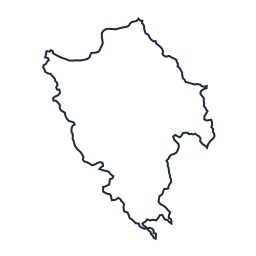 Carandaí, Minas Gerais, Brazil (orthographic projection), rotated 92°
{"feature_id": "56859067B53353893378788", "entity_name": "Carandaí", "entity_type": "district", "adm_level": 2, "iso_a3": "BRA", "parent_name": "Brazil", "parent_adm1": "Minas Gerais", "projection": "orthographic", "projection_center": [-43.824, -20.999], "detail": "fine", "context": "isolated", "style": "outline", "palette": "slate", "viewbox_px": 256, "rotation_deg": 92, "n_neighbors": 0, "source": "geoboundaries", "source_scale": "gbopen_adm2", "svg_char_len": 3795}
<svg xmlns="http://www.w3.org/2000/svg" viewBox="0 0 256 256"><g transform="rotate(92 128 128)"><path d="M74.7,212.7L76.2,210.1L76.7,207.1L78.5,205.7L79.9,204.1L81.7,202.8L83.6,202.3L84.9,200.7L87.3,199.9L89.9,201.2L92.1,200.2L92.0,198.0L93.8,197.4L95.8,197.4L97.8,199.1L99.1,202.1L101.0,204.0L103.3,203.4L103.2,201.2L104.6,199.4L106.0,198.1L107.5,196.9L110.2,196.9L112.5,195.9L113.7,193.9L114.9,191.6L117.2,191.2L119.5,190.2L121.3,189.1L123.0,187.3L123.6,185.0L124.3,182.5L126.4,181.4L127.6,183.4L129.4,184.1L131.7,184.5L133.8,184.3L135.7,183.3L137.8,182.8L140.3,183.0L142.9,181.9L145.6,181.1L147.7,180.4L149.3,179.1L151.3,177.6L152.6,175.9L153.9,174.4L156.2,172.9L158.5,171.5L161.3,172.0L163.1,170.3L163.6,167.8L165.0,165.1L166.5,162.9L165.8,160.2L164.5,158.1L163.4,156.0L163.1,153.8L164.1,152.1L166.8,151.6L168.1,153.5L169.9,155.1L170.9,152.3L171.6,149.2L172.2,146.0L174.8,143.8L176.7,141.0L178.8,141.7L179.8,144.2L182.4,144.6L185.2,144.8L186.3,147.0L187.3,148.9L187.8,150.8L190.1,150.7L192.4,150.6L193.4,148.8L194.5,146.3L194.7,144.0L196.5,142.6L199.0,142.1L200.8,141.6L200.1,137.8L198.1,135.3L199.4,133.1L201.1,132.3L202.4,130.5L204.4,129.3L206.9,129.7L209.7,129.5L211.6,128.8L212.0,126.7L213.1,125.0L215.8,124.0L218.1,123.1L219.0,121.1L220.7,119.3L223.0,116.9L223.1,113.9L225.7,113.1L227.3,110.4L228.2,107.9L227.6,105.4L226.1,107.0L224.8,109.1L223.2,110.3L221.7,108.6L220.7,106.9L218.7,105.8L219.6,102.6L218.8,99.7L219.4,96.8L216.7,94.5L214.0,93.1L213.7,90.7L215.8,89.5L218.1,87.9L218.8,85.1L220.5,83.6L222.0,81.3L219.3,81.3L217.3,82.2L216.5,84.2L213.7,84.0L210.8,82.9L208.7,85.2L206.7,87.0L204.9,89.0L203.9,90.9L203.0,92.9L200.8,94.9L197.8,94.6L195.0,94.1L193.2,91.5L190.4,90.6L187.8,89.9L187.5,87.6L186.8,85.5L184.8,85.5L183.1,84.7L180.8,83.2L177.9,83.1L175.6,84.4L173.7,84.4L171.9,85.2L169.5,85.6L166.4,86.1L164.4,87.0L162.0,86.9L159.3,88.4L157.0,86.3L155.0,85.5L153.2,83.8L152.4,81.2L151.2,79.1L149.6,78.1L147.4,77.2L144.9,76.5L142.4,76.9L140.2,79.1L138.2,81.3L135.0,82.6L133.3,80.5L134.6,78.1L135.5,75.8L133.5,74.1L131.0,72.7L130.7,70.4L130.7,68.1L132.1,66.9L131.7,64.9L132.1,62.7L131.4,60.6L132.8,58.6L133.8,56.7L135.7,55.2L138.7,55.4L140.7,53.7L141.9,52.2L143.1,50.0L145.0,48.3L142.0,47.6L140.2,46.6L138.0,45.2L135.5,42.5L133.1,41.2L130.7,41.7L128.7,43.1L126.2,42.8L124.2,44.7L121.9,44.0L119.2,44.3L116.8,45.1L117.2,47.0L117.8,49.4L116.8,52.0L113.8,52.1L110.9,50.5L108.4,49.1L106.8,50.5L105.1,51.4L103.3,52.9L100.7,52.8L98.3,53.2L95.3,53.4L92.9,55.6L90.8,56.9L89.0,56.5L87.4,55.2L86.3,53.0L85.4,50.9L83.3,50.8L84.1,53.3L83.7,55.6L82.1,57.6L81.6,60.2L82.2,62.9L81.3,66.5L80.4,69.8L80.1,72.0L78.0,73.0L76.1,74.9L72.8,75.7L70.5,75.9L68.2,77.4L65.9,78.8L64.7,80.6L62.1,80.3L60.3,81.5L58.2,82.0L56.9,84.6L55.9,87.0L54.5,89.5L55.4,92.6L54.2,95.0L52.7,96.2L50.1,95.6L47.8,96.7L46.2,98.0L44.4,100.3L42.7,102.7L40.2,103.5L40.5,105.5L38.8,108.0L36.6,109.7L34.1,111.0L32.7,113.8L30.5,114.6L28.1,115.4L26.1,115.3L24.0,116.4L22.5,117.7L20.5,117.4L20.2,119.7L18.3,121.3L20.8,123.2L21.4,125.7L22.0,128.1L23.4,129.6L25.5,130.6L26.8,132.4L27.4,135.6L28.2,138.5L28.9,141.0L29.9,143.7L29.6,145.9L29.7,147.9L29.5,150.5L29.9,153.2L31.6,155.9L33.8,157.4L36.6,157.4L38.9,157.2L41.2,156.6L44.5,156.2L47.0,157.2L49.1,158.2L51.1,159.0L53.1,160.5L53.9,163.3L54.2,167.2L56.2,168.2L58.3,168.7L60.3,170.7L61.1,173.2L61.7,175.5L62.2,178.7L62.2,182.3L62.6,186.1L62.6,189.3L61.2,192.8L60.5,195.6L59.8,197.4L58.8,199.8L57.5,202.6L55.9,205.6L53.9,205.8L52.8,207.7L54.4,208.9L54.1,212.2L57.8,212.6L60.3,213.3L60.9,210.5L62.8,209.5L64.7,211.2L67.0,212.4L68.2,214.6L70.7,214.8L72.1,213.7L74.7,212.7ZM227.6,105.4L229.9,103.7L231.1,101.8L233.2,101.3L234.9,99.5L236.9,98.4L237.7,96.5L235.2,96.3L232.7,96.3L232.1,98.9L229.4,98.8L227.8,100.3L227.0,102.8L227.6,105.4Z" fill="none" stroke="#1e293b" stroke-width="2"/></g></svg>